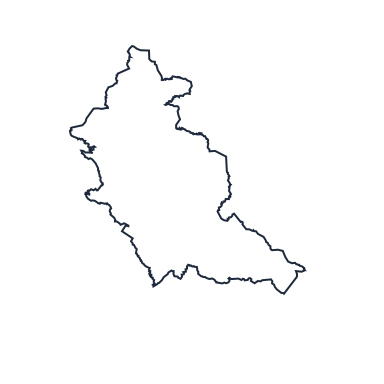 outline of Karaga, Northern, Ghana, rotated 300°
{"feature_id": "2480657B76285553918092", "entity_name": "Karaga", "entity_type": "district", "adm_level": 2, "iso_a3": "GHA", "parent_name": "Ghana", "parent_adm1": "Northern", "projection": "natural_earth1", "projection_center": [-0.451, 9.918], "detail": "fine", "context": "isolated", "style": "outline", "palette": "slate", "viewbox_px": 384, "rotation_deg": 300, "n_neighbors": 0, "source": "geoboundaries", "source_scale": "gbopen_adm2", "svg_char_len": 6042}
<svg xmlns="http://www.w3.org/2000/svg" viewBox="0 0 384 384"><g transform="rotate(300 192 192)"><path d="M180.2,328.6L180.5,328.2L180.8,328.8L181.7,327.1L182.2,327.2L182.6,324.6L182.0,322.3L182.5,321.2L182.0,320.7L182.1,319.5L181.6,318.5L182.2,316.7L180.3,314.2L179.8,310.1L182.3,305.4L186.4,300.1L185.0,295.3L181.7,290.5L181.6,289.5L182.6,287.9L184.2,287.1L184.5,284.8L185.9,282.8L185.7,281.4L187.0,280.0L188.9,276.5L188.7,270.1L190.0,267.1L189.2,265.5L189.6,264.4L188.9,264.4L188.5,263.4L188.4,260.6L186.9,257.6L189.2,251.8L190.6,251.5L191.2,250.6L191.1,249.6L190.4,249.1L194.3,239.2L192.7,238.3L191.5,238.8L189.7,238.4L188.5,236.8L186.9,237.2L186.6,236.3L185.3,237.2L184.7,237.0L183.6,233.9L183.6,230.7L188.0,223.8L189.2,223.7L189.9,224.6L192.0,223.0L193.2,224.1L194.9,224.5L196.1,224.1L196.2,223.2L197.9,223.0L197.8,223.9L198.9,224.5L199.7,224.1L200.4,225.3L202.8,224.7L204.3,227.5L205.8,226.6L206.3,227.3L207.0,226.6L207.5,227.3L208.3,226.5L209.7,226.8L211.5,223.5L213.5,222.8L214.9,221.5L215.2,222.0L216.2,221.5L217.7,221.9L217.8,220.8L218.5,220.3L220.0,217.3L222.4,217.0L223.5,216.1L224.4,216.5L225.7,213.8L226.6,213.6L226.8,212.2L239.7,203.8L239.1,191.4L236.0,186.9L237.6,185.7L238.1,183.7L238.9,183.0L242.2,181.9L243.0,180.5L244.0,180.6L245.2,179.8L245.6,178.7L245.1,178.1L246.9,175.4L246.2,174.4L246.7,173.2L246.5,171.4L247.6,171.0L246.8,168.7L245.9,168.4L245.5,169.4L245.3,169.1L244.5,167.7L244.8,166.8L244.1,166.6L243.4,165.1L243.5,163.7L242.8,163.8L243.1,162.9L242.5,161.1L243.1,160.6L243.1,159.3L242.3,156.9L242.4,155.0L242.7,154.8L242.3,152.2L241.9,152.0L242.6,151.8L242.5,151.1L240.4,150.5L241.1,149.1L239.8,149.2L239.1,147.2L239.9,146.5L239.7,146.1L242.3,144.7L248.9,145.3L251.6,142.0L254.9,139.1L257.3,139.1L258.9,137.7L259.0,136.5L257.3,133.6L257.6,131.8L256.6,129.7L256.8,128.0L254.9,126.0L254.3,125.9L254.2,125.2L256.0,126.1L256.4,125.7L257.5,127.0L259.0,126.5L259.5,127.0L259.4,128.0L260.3,128.3L260.0,128.9L261.6,129.1L262.6,128.6L263.2,129.1L263.6,128.6L264.4,129.0L264.3,129.5L264.9,128.7L265.2,129.3L266.1,129.2L266.2,130.0L266.8,129.7L267.7,131.1L267.7,132.9L268.1,132.5L268.8,133.4L269.5,133.4L270.7,136.3L271.8,136.1L273.4,136.9L274.9,138.4L275.8,141.0L277.1,140.0L278.5,140.1L279.1,138.7L283.6,138.9L286.8,135.9L286.3,132.4L286.8,129.6L285.6,128.1L285.3,125.5L284.8,125.0L285.3,124.2L285.1,123.1L284.2,122.7L284.4,122.0L283.8,121.6L282.6,117.5L281.0,117.2L279.8,118.0L279.2,117.3L279.6,116.6L278.1,115.8L277.7,113.9L276.2,113.0L276.8,112.4L276.4,111.9L274.9,111.4L274.2,110.4L274.0,110.8L274.0,110.1L273.1,110.1L275.6,109.1L277.3,107.4L280.3,101.6L284.2,97.6L284.1,96.0L286.2,94.8L284.9,91.7L285.7,88.6L293.0,84.0L289.0,76.5L288.5,72.5L288.9,68.7L288.5,67.2L284.9,66.2L282.1,66.2L281.6,66.9L281.3,66.6L280.2,69.0L279.2,69.9L278.2,70.0L278.1,70.7L277.9,70.2L277.2,70.4L274.5,71.9L273.7,71.1L273.2,71.7L271.3,71.5L269.7,72.2L267.5,75.8L257.4,68.5L256.3,68.9L255.4,68.3L254.5,69.2L252.4,69.3L251.0,70.8L250.9,71.7L248.4,72.3L247.8,71.3L244.2,70.2L240.9,67.3L235.2,67.5L233.0,69.7L231.0,69.5L230.2,70.3L230.4,70.7L229.2,70.7L227.6,72.1L224.0,73.1L224.2,75.1L223.5,75.8L223.4,76.8L222.6,77.2L221.4,75.1L219.1,72.7L217.2,68.3L215.0,65.1L203.1,63.8L199.3,64.7L195.1,63.8L187.6,55.6L186.8,55.2L185.5,56.8L184.8,56.5L184.9,55.9L183.9,55.7L181.0,58.4L180.5,60.2L181.3,65.9L180.6,66.9L182.0,67.7L181.8,69.5L182.7,69.7L183.1,70.6L182.2,72.4L182.9,74.0L180.8,74.2L180.7,75.6L181.3,76.0L181.9,78.1L181.6,78.8L179.4,79.3L179.2,80.2L180.3,82.6L182.6,84.2L182.5,85.3L181.4,84.2L179.5,85.6L178.4,84.4L178.7,83.5L177.9,83.9L178.2,81.7L176.7,82.5L175.9,86.5L175.4,84.4L172.9,79.8L173.2,77.3L172.4,75.4L171.4,77.1L170.4,77.3L170.5,78.9L169.6,81.4L168.8,81.8L169.2,84.0L168.8,85.9L170.3,86.9L170.4,89.2L168.6,94.3L165.5,98.9L164.0,99.6L163.6,100.9L163.2,100.7L160.2,103.9L159.6,103.9L159.0,105.6L156.4,106.7L154.8,109.3L155.0,110.2L153.8,111.1L152.7,110.8L152.6,110.3L146.2,109.4L145.8,108.6L146.5,106.9L144.3,105.9L143.9,103.2L141.5,102.4L141.6,101.6L141.0,101.1L140.0,101.7L139.2,104.0L138.4,104.3L138.0,101.8L138.7,101.0L138.3,100.3L136.9,100.5L136.4,101.9L135.5,102.5L134.2,105.2L133.9,108.9L134.9,109.9L135.8,112.2L135.4,117.1L135.9,118.1L136.7,117.9L137.1,118.4L138.2,122.3L139.6,123.9L138.9,124.4L139.4,125.1L139.3,127.0L138.3,129.1L137.3,130.2L135.8,129.7L134.3,130.3L132.8,132.5L131.7,132.6L130.8,137.5L129.6,139.3L128.0,140.0L128.8,141.2L128.8,142.7L128.5,145.4L127.9,146.5L131.0,149.0L131.1,153.7L130.6,154.0L129.8,151.3L123.0,151.0L122.2,163.8L118.9,163.8L117.9,166.3L116.8,166.9L117.1,168.3L115.3,171.0L115.1,172.5L110.8,174.2L110.9,175.1L109.7,176.6L109.9,177.4L109.2,177.5L108.6,180.1L107.7,180.6L107.5,181.9L106.7,182.2L106.8,183.1L105.6,184.3L105.3,186.9L104.7,187.8L104.6,191.3L105.1,193.4L102.9,193.8L102.7,195.2L101.7,194.8L101.5,195.9L100.2,195.9L100.1,196.7L99.7,196.3L99.3,197.1L98.9,196.9L98.1,198.4L99.1,198.7L97.9,199.4L98.1,200.9L97.2,201.1L96.8,203.3L95.8,203.3L94.4,204.3L94.0,205.4L92.0,204.5L91.9,205.2L91.0,205.8L94.9,208.0L96.2,208.2L96.7,208.9L100.6,210.0L104.1,210.1L108.7,212.0L110.5,211.8L113.7,213.5L113.7,214.8L114.3,215.6L111.7,217.0L110.3,218.9L111.6,222.0L110.9,222.8L111.1,225.5L113.8,225.7L115.3,224.4L116.6,226.0L117.9,225.7L118.3,224.6L120.0,226.5L121.9,225.1L122.4,225.9L123.2,226.0L125.0,224.8L127.1,225.1L127.4,226.1L126.9,226.2L127.1,227.2L127.9,228.1L127.6,229.5L128.7,230.6L128.4,231.4L129.5,233.7L126.6,236.0L126.0,237.4L124.3,238.1L123.6,242.2L124.1,242.9L124.0,244.5L124.9,245.7L124.8,248.1L125.5,250.9L127.1,252.5L127.3,255.2L125.9,258.1L126.4,258.3L126.2,259.2L128.0,264.0L129.7,265.3L130.1,267.2L131.9,268.7L133.7,268.9L135.0,268.1L135.3,266.9L136.4,267.2L136.2,269.5L140.2,275.5L140.6,278.9L142.4,279.5L142.6,280.7L141.8,281.8L143.8,284.3L145.4,284.2L146.4,285.2L146.2,287.0L144.4,287.5L144.3,291.9L147.7,293.4L149.1,296.3L150.7,296.9L155.8,304.1L154.8,306.3L152.9,307.0L152.8,309.4L151.3,311.1L150.1,314.0L149.3,319.8L150.1,321.6L149.9,322.5L170.5,325.2L171.7,325.0L173.8,323.6L175.5,321.6L177.8,326.8L180.2,328.6Z" fill="none" stroke="#1e293b" stroke-width="2"/></g></svg>